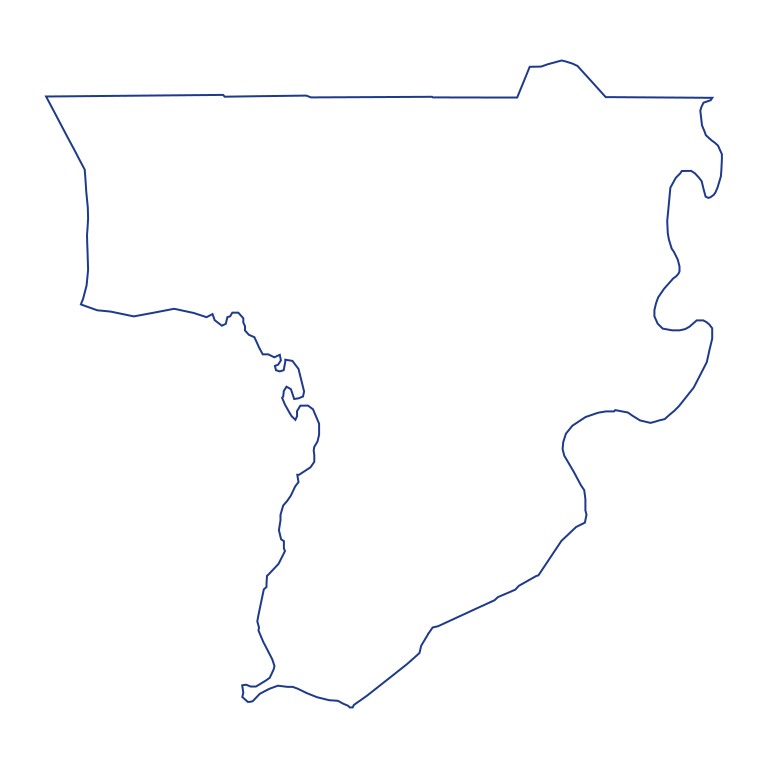 Jokadu, North Bank, Gambia
{"feature_id": "56634734B78170872061000", "entity_name": "Jokadu", "entity_type": "district", "adm_level": 2, "iso_a3": "GMB", "parent_name": "Gambia", "parent_adm1": "North Bank", "projection": "robinson", "projection_center": [-16.187, 13.51], "detail": "fine", "context": "isolated", "style": "outline", "palette": "blue", "viewbox_px": 768, "rotation_deg": 0, "n_neighbors": 0, "source": "geoboundaries", "source_scale": "gbopen_adm2", "svg_char_len": 3915}
<svg xmlns="http://www.w3.org/2000/svg" viewBox="0 0 768 768"><path d="M351.6,707.4L352.7,707.4L353.8,705.0L367.0,695.7L394.4,674.1L406.9,664.2L414.6,657.4L419.5,653.0L421.2,645.7L428.2,634.0L428.2,633.6L429.3,632.4L432.6,627.5L438.1,626.2L475.8,608.8L494.6,600.2L497.9,597.1L515.4,589.6L518.7,585.9L536.2,576.0L538.4,575.4L561.4,540.9L576.1,527.0L584.9,522.6L586.5,514.7L585.4,510.4L585.4,499.3L584.8,494.4L584.2,490.1L580.9,485.2L573.7,471.7L567.6,461.3L564.3,455.8L562.6,449.1L563.2,442.3L565.9,433.7L566.8,432.6L572.4,425.7L585.6,417.0L598.2,412.7L604.2,411.7L605.9,411.4L614.1,411.4L615.2,410.1L624.6,411.9L627.9,412.5L632.3,415.6L640.0,420.4L650.5,422.9L655.4,421.6L659.2,420.4L664.7,419.1L670.2,414.2L674.0,411.1L679.0,406.1L693.7,387.6L698.6,378.1L706.8,362.1L709.5,349.8L712.2,338.7L712.2,332.0L712.2,328.3L709.4,324.6L706.6,322.2L703.3,320.4L701.7,320.4L698.4,320.4L696.7,320.4L689.6,326.6L685.2,329.1L679.7,330.3L672.1,330.3L662.7,328.6L657.7,323.7L654.4,316.3L654.4,310.2L656.0,303.4L658.2,297.3L664.2,288.6L672.9,278.8L673.5,278.2L676.2,276.3L678.4,273.8L679.5,271.4L679.5,266.5L677.8,259.7L673.9,251.8L671.7,248.7L668.9,239.5L667.8,233.4L667.2,221.1L668.9,203.5L669.6,195.9L670.4,187.6L670.8,186.9L675.8,177.8L680.2,173.4L681.0,172.2L681.8,171.0L691.2,170.9L695.0,173.4L698.9,177.6L701.7,181.3L703.3,188.1L705.6,196.6L708.3,197.9L710.5,197.2L713.8,194.8L715.5,192.3L717.6,187.4L720.9,176.3L721.4,169.6L721.9,159.1L721.9,154.2L720.2,150.5L718.0,145.6L714.7,142.6L712.0,140.7L705.9,135.3L704.8,132.2L702.0,125.4L700.3,110.7L701.4,107.0L703.5,102.7L710.7,100.2L712.3,97.8L708.5,97.8L607.0,97.1L605.7,97.1L588.9,78.5L580.5,69.3L577.6,66.0L577.5,65.9L577.4,65.9L576.5,65.5L572.5,63.6L565.8,61.5L561.8,60.5L558.3,61.4L557.6,61.6L548.3,64.1L541.1,66.6L529.7,66.8L526.3,75.2L517.2,97.5L516.5,97.5L510.0,97.5L480.8,97.5L432.9,97.4L432.0,96.8L353.5,97.2L311.0,97.4L308.1,96.3L306.1,95.6L258.7,96.2L224.7,96.7L223.1,94.9L166.7,95.4L134.5,95.7L47.4,96.5L46.1,96.5L55.5,114.3L67.9,137.9L74.3,149.8L77.5,155.9L77.5,156.0L77.7,156.4L84.7,169.6L85.2,175.9L86.0,187.5L86.2,191.1L87.3,202.4L87.8,207.6L88.1,218.7L88.0,220.1L87.6,227.2L87.0,235.2L87.3,245.8L87.5,250.5L88.1,269.9L86.6,285.4L83.7,296.5L83.1,298.9L81.6,302.5L80.9,304.4L84.1,305.6L97.3,310.3L108.9,311.4L111.2,311.7L129.0,315.4L133.9,316.4L136.4,315.9L154.3,312.6L155.3,312.4L174.0,308.8L176.6,309.3L193.8,313.0L206.3,317.1L206.5,317.2L212.5,314.1L214.7,320.2L221.9,325.7L225.8,323.8L227.4,317.1L230.1,316.4L232.3,312.7L238.3,312.7L243.3,318.2L243.3,322.5L245.0,326.2L245.0,330.5L246.0,331.6L246.7,332.4L248.9,334.8L254.4,337.2L258.2,345.5L258.8,347.0L262.7,354.3L268.2,354.3L274.3,357.3L279.8,354.8L280.9,360.4L278.1,364.7L274.9,365.9L276.0,370.2L279.8,371.4L283.7,370.2L285.3,361.6L285.3,359.7L292.4,360.9L294.9,364.2L298.5,368.9L304.1,391.5L303.0,396.5L298.6,398.3L294.2,399.0L290.9,389.2L286.5,386.7L283.8,391.0L283.2,396.6L282.1,397.8L284.9,404.5L289.4,412.5L291.6,416.2L295.4,419.8L297.1,416.1L297.0,411.2L300.3,405.7L306.4,405.6L308.0,405.6L313.0,409.3L319.1,423.7L319.1,434.7L317.5,441.5L314.2,447.0L313.8,449.9L313.7,450.7L314.3,455.0L314.3,461.8L310.5,467.3L309.9,467.7L299.0,474.8L297.3,474.8L298.5,482.1L295.2,486.4L290.8,495.7L287.0,501.2L283.2,505.5L280.5,514.8L280.5,520.3L278.9,530.1L281.1,539.3L283.9,541.1L283.9,548.5L285.0,551.0L280.7,559.6L278.5,563.9L268.6,574.4L267.0,575.9L266.5,583.9L266.5,587.0L263.8,589.4L258.4,615.3L257.3,621.4L259.0,627.5L258.5,630.6L263.4,642.2L265.1,645.4L270.1,655.1L272.3,659.4L274.5,666.1L273.5,669.8L269.7,677.8L265.3,680.9L256.0,686.5L251.6,686.5L250.5,686.5L246.1,684.7L242.2,685.3L242.4,686.6L243.3,692.7L242.3,697.0L243.0,697.6L247.8,701.9L250.0,701.9L252.7,701.2L259.8,693.8L269.1,688.9L277.9,685.7L287.8,686.9L292.8,686.9L297.7,688.7L306.5,693.0L317.0,697.2L321.9,698.4L329.1,700.2L337.9,700.8L343.4,703.8L347.8,705.6L350.0,707.5L351.6,707.4Z" fill="none" stroke="#1e3a8a" stroke-width="2"/></svg>